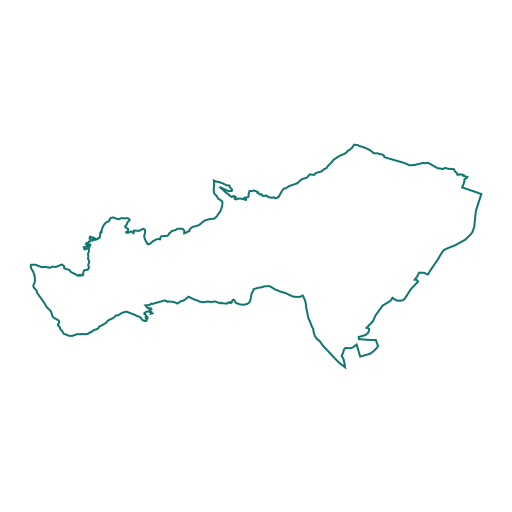 Milcoiu, Vâlcea, Romania
{"feature_id": "2599482B82610834296964", "entity_name": "Milcoiu", "entity_type": "district", "adm_level": 2, "iso_a3": "ROU", "parent_name": "Romania", "parent_adm1": "Vâlcea", "projection": "natural_earth1", "projection_center": [24.434, 45.034], "detail": "fine", "context": "isolated", "style": "outline", "palette": "teal", "viewbox_px": 512, "rotation_deg": 0, "n_neighbors": 0, "source": "geoboundaries", "source_scale": "gbopen_adm2", "svg_char_len": 6019}
<svg xmlns="http://www.w3.org/2000/svg" viewBox="0 0 512 512"><path d="M376.9,347.8L378.0,346.2L375.8,339.9L373.4,340.1L366.0,339.7L358.9,339.1L358.7,337.0L364.7,335.3L367.5,333.7L369.0,330.8L369.1,328.7L366.6,327.8L373.0,321.2L375.6,315.3L382.6,305.6L390.2,301.0L391.3,299.9L392.4,297.8L395.4,299.9L397.6,300.7L400.9,300.7L402.5,300.3L404.6,299.0L410.8,289.2L418.1,281.6L416.8,280.0L414.7,279.7L417.3,276.3L419.0,272.7L423.9,272.8L427.9,274.5L430.6,270.0L438.1,259.1L440.5,254.8L442.9,251.2L444.3,249.9L447.4,248.3L455.1,245.3L465.2,239.7L471.2,233.9L472.6,231.6L474.2,227.0L475.9,210.8L481.3,194.0L462.1,187.4L463.5,184.2L464.5,180.8L464.3,179.8L464.6,179.2L466.5,178.1L467.3,176.9L463.3,175.8L463.5,174.9L461.5,174.5L459.3,174.7L459.0,174.3L457.5,174.8L456.5,172.6L455.4,172.0L453.8,169.1L448.3,168.8L445.3,167.9L442.8,169.0L437.4,168.1L428.5,163.0L424.1,163.2L423.2,162.9L414.4,165.0L409.8,165.3L403.4,162.7L384.3,157.2L383.9,155.5L381.5,154.2L380.4,154.4L377.8,153.3L373.9,153.3L369.8,150.0L365.3,147.9L359.1,145.9L358.0,145.2L354.1,144.7L351.9,147.9L348.7,150.5L347.4,151.0L346.7,152.3L344.3,153.9L339.5,155.9L333.5,159.8L332.2,161.7L327.3,166.7L326.5,168.2L323.9,169.2L321.6,171.4L315.8,173.0L314.2,174.9L309.8,174.4L306.8,177.7L302.2,179.0L297.6,182.7L297.6,183.2L289.1,186.1L285.8,188.3L283.9,188.6L281.6,191.5L278.7,196.9L276.5,198.0L274.9,198.2L273.8,197.3L271.5,197.8L270.3,197.3L269.0,197.4L265.9,195.4L264.9,195.9L262.5,195.8L261.7,194.4L261.2,194.2L259.7,194.5L258.0,192.3L257.4,192.6L257.3,191.8L253.9,190.4L252.4,191.0L249.5,191.1L248.6,193.9L248.5,196.8L246.9,197.5L245.1,197.5L244.4,197.9L244.6,198.5L246.0,199.6L245.9,199.9L240.6,198.5L238.1,198.7L236.0,199.4L234.6,198.7L234.5,198.4L235.7,197.3L235.5,196.7L233.3,196.0L232.0,196.9L231.4,196.8L228.9,195.0L228.2,193.8L226.5,193.2L223.4,190.1L220.1,187.5L220.5,187.3L227.5,190.8L230.5,191.2L231.7,191.0L232.1,190.4L232.0,189.5L229.9,187.2L229.4,185.5L226.6,185.3L223.0,183.5L218.9,182.0L216.0,181.5L213.9,180.5L214.2,183.8L213.7,189.2L214.0,193.1L216.4,195.8L218.5,198.9L221.9,201.0L222.3,201.7L222.4,204.1L221.9,207.2L219.9,212.0L217.9,214.5L217.0,216.1L215.0,218.1L213.9,218.8L210.5,218.9L205.5,220.2L201.8,222.6L200.9,223.7L198.1,225.5L193.3,226.7L191.2,227.9L189.3,230.1L189.3,231.2L187.7,231.7L185.0,233.2L184.1,233.3L184.4,230.9L182.7,228.9L179.4,228.6L177.6,228.8L175.3,230.1L171.5,231.2L170.5,232.5L169.3,233.2L169.1,234.0L167.7,235.6L166.2,236.0L161.4,236.2L160.5,237.2L160.1,239.3L157.8,239.1L156.6,239.3L152.9,241.2L151.2,242.9L148.5,244.3L147.4,244.1L147.2,243.1L145.6,240.9L144.3,237.3L144.2,235.7L144.8,233.9L145.2,230.6L144.9,229.8L143.7,228.9L143.1,228.8L139.0,230.9L134.1,230.5L133.7,230.8L133.8,232.7L133.5,233.1L132.0,231.9L131.0,231.6L128.0,232.8L126.4,232.7L126.1,232.2L128.0,230.9L128.2,229.5L127.9,228.8L125.4,227.1L125.1,226.6L126.7,224.6L127.5,222.3L129.4,220.4L129.5,219.5L129.1,218.9L127.1,218.1L124.4,218.4L121.7,218.1L118.2,219.3L113.1,217.4L110.8,218.0L109.7,219.1L109.2,221.0L105.9,222.6L104.0,224.7L102.2,228.4L102.0,229.6L101.4,230.5L101.6,231.1L101.2,231.6L101.4,231.9L100.5,232.4L100.9,233.0L100.3,233.6L99.6,237.8L98.6,237.9L97.8,238.5L97.7,238.9L96.5,239.1L95.8,239.8L94.2,239.7L92.8,240.4L92.8,239.5L93.5,238.4L94.2,238.1L92.7,237.3L91.3,237.3L90.5,236.6L90.0,236.6L89.5,238.6L90.8,239.5L90.3,241.4L89.0,241.5L88.4,242.6L86.5,243.0L86.1,243.9L87.8,244.0L88.3,244.9L86.0,246.6L83.9,247.1L84.4,249.2L84.7,249.5L85.5,249.0L86.6,248.7L87.6,248.8L88.0,249.3L87.6,247.9L87.9,247.2L88.8,246.1L89.7,244.5L90.3,244.7L88.9,248.1L88.9,251.6L88.0,253.8L88.4,256.2L88.0,258.6L89.3,261.6L88.2,265.0L89.0,267.6L87.6,269.9L85.8,269.9L84.1,270.4L83.3,272.2L83.0,274.1L83.2,275.0L81.7,275.5L80.8,274.9L80.3,275.5L79.3,274.9L78.5,275.9L71.0,272.0L69.5,270.0L64.3,268.4L63.8,265.7L61.7,264.5L56.8,266.6L55.1,267.0L52.4,266.6L49.5,267.9L48.5,267.4L46.8,267.3L45.9,266.8L41.8,267.2L35.5,264.7L31.1,264.8L30.7,265.6L31.0,268.1L33.2,271.8L34.5,275.4L35.1,280.4L34.5,282.8L33.4,285.2L33.4,286.4L33.8,287.5L36.5,290.6L36.8,291.1L37.0,292.7L43.7,302.1L47.2,307.7L50.8,311.0L52.6,316.5L53.6,317.6L58.4,320.3L59.1,321.1L59.2,322.6L57.8,324.9L59.7,327.1L60.5,329.5L62.2,331.0L63.6,333.7L68.8,335.7L71.9,336.0L77.8,334.0L80.1,334.4L81.4,333.9L83.8,334.3L87.7,333.9L90.8,332.0L91.9,331.7L93.5,330.3L97.7,328.8L99.6,326.3L101.3,325.7L106.5,322.5L107.2,321.1L110.0,319.4L111.8,318.8L114.8,316.8L115.8,315.5L118.3,315.3L122.0,312.8L126.4,311.6L135.7,315.2L136.3,315.9L139.7,316.9L141.6,318.8L142.5,320.1L144.4,321.0L144.7,320.6L145.4,321.0L146.5,320.7L146.6,320.0L146.9,319.6L146.0,318.2L147.3,318.1L147.7,317.8L147.3,317.0L146.0,316.5L146.3,316.0L145.3,314.4L144.4,314.2L144.4,313.0L147.1,311.4L148.3,311.4L150.5,312.5L151.1,313.2L150.9,313.7L152.2,313.4L151.4,312.7L151.6,312.2L151.3,311.9L150.6,311.9L149.7,311.3L150.3,310.3L149.6,309.4L151.3,308.9L151.1,308.5L147.4,307.8L146.7,307.3L146.3,306.3L145.5,305.4L149.2,305.1L151.1,303.7L152.2,304.0L164.4,300.5L165.8,300.7L165.7,300.9L167.7,301.8L169.1,301.5L173.1,301.9L175.4,302.5L177.1,303.5L177.7,303.4L181.0,301.1L182.2,301.0L184.3,300.1L188.5,296.7L194.5,299.6L198.4,300.9L199.4,301.6L203.1,302.3L208.1,301.5L210.4,302.0L215.2,301.5L220.1,303.3L221.4,302.8L222.2,303.2L226.9,303.6L227.4,303.4L227.8,302.7L228.7,302.5L230.2,303.0L230.3,302.1L231.1,302.0L231.6,302.4L232.7,300.0L233.7,299.7L234.5,300.3L235.0,301.6L236.3,303.1L240.2,304.4L243.6,304.8L247.4,303.9L249.6,302.0L251.0,297.5L251.5,293.7L252.9,291.5L253.5,289.3L257.6,287.9L262.1,287.2L264.1,286.4L268.9,286.1L270.0,286.3L275.7,289.8L277.7,290.4L279.5,291.3L286.1,293.3L292.5,296.4L295.7,296.9L299.8,296.9L302.7,295.5L304.6,299.4L305.7,302.9L306.2,307.4L308.4,318.3L309.7,320.8L311.9,326.7L313.1,328.6L313.9,333.4L315.0,336.3L316.6,338.3L316.7,339.0L318.6,340.1L319.9,341.4L322.6,345.3L334.3,357.8L339.1,362.7L345.1,367.3L344.4,362.9L343.4,358.8L341.6,355.9L343.2,352.4L344.0,349.5L345.5,348.0L350.5,348.2L353.1,347.3L356.6,344.5L360.2,356.6L370.0,353.8L373.6,351.2L376.9,347.8Z" fill="none" stroke="#0f766e" stroke-width="2"/></svg>